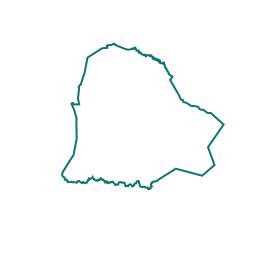 outline of Danli, El Paraíso, Honduras, rotated 56°
{"feature_id": "27666195B70228202857481", "entity_name": "Danli", "entity_type": "district", "adm_level": 2, "iso_a3": "HND", "parent_name": "Honduras", "parent_adm1": "El Paraíso", "projection": "orthographic", "projection_center": [-86.384, 14.061], "detail": "fine", "context": "isolated", "style": "outline", "palette": "teal", "viewbox_px": 256, "rotation_deg": 56, "n_neighbors": 0, "source": "geoboundaries", "source_scale": "gbopen_adm2", "svg_char_len": 5613}
<svg xmlns="http://www.w3.org/2000/svg" viewBox="0 0 256 256"><g transform="rotate(56 128 128)"><path d="M66.6,146.1L67.5,146.1L75.6,153.0L81.1,155.3L78.1,159.8L77.7,159.7L77.1,160.0L76.7,159.8L76.4,159.8L76.2,160.0L76.1,160.3L76.3,160.8L76.2,161.1L76.4,161.3L83.2,162.6L91.0,165.1L96.0,168.7L107.9,176.3L119.8,188.1L128.1,207.0L128.4,207.0L129.4,208.5L130.0,208.8L131.7,209.2L132.0,209.1L132.4,208.7L133.3,208.6L133.5,208.3L134.4,208.8L135.0,209.1L135.3,209.2L135.7,209.1L136.2,207.9L136.4,207.7L136.6,207.7L137.2,208.1L137.4,208.2L137.9,208.0L138.3,207.7L138.5,207.7L138.8,208.0L139.1,207.7L139.4,207.8L139.5,207.6L139.8,207.5L140.7,205.2L140.9,205.1L141.3,205.0L142.0,204.3L142.3,204.1L142.8,202.9L143.3,202.2L144.1,201.6L144.6,201.3L144.6,200.9L144.2,200.0L144.1,199.6L144.3,199.3L144.3,198.7L144.6,198.1L144.9,198.0L145.6,198.0L146.2,197.6L146.6,197.4L147.2,197.4L147.4,197.3L147.9,196.8L147.7,196.0L147.8,195.1L148.7,195.2L148.9,195.1L149.6,194.7L149.8,194.5L149.9,193.0L150.3,192.3L149.7,191.8L149.5,191.2L149.1,190.9L148.9,190.7L148.9,190.4L149.3,189.7L148.2,189.2L148.1,188.8L147.9,188.6L148.0,188.5L148.3,188.6L148.5,188.3L148.8,188.4L149.0,188.1L148.9,187.1L149.1,186.7L149.5,186.3L149.3,185.1L149.1,184.8L149.8,185.0L150.1,185.3L150.5,185.1L151.3,185.0L151.5,184.5L151.8,184.4L152.0,184.5L152.5,184.6L152.9,184.4L153.5,184.1L153.7,183.7L154.2,183.4L154.1,183.2L154.3,182.9L154.1,182.9L154.0,182.7L154.1,182.4L154.1,182.2L154.4,182.0L154.5,181.7L154.4,181.2L154.9,181.1L154.8,180.7L155.1,180.5L155.0,179.7L154.8,179.4L154.6,178.9L154.4,178.7L155.0,178.4L156.0,178.4L156.9,178.2L157.2,177.8L157.1,177.4L157.4,177.3L157.6,177.3L157.8,177.5L158.3,177.2L158.9,177.2L159.4,177.0L159.9,177.5L160.2,177.5L159.8,176.2L160.0,175.7L160.7,175.5L161.1,175.6L161.4,175.4L161.7,175.6L161.9,175.9L162.4,175.6L162.5,175.3L162.8,175.1L162.2,174.3L162.2,174.1L162.9,173.9L163.2,173.4L163.5,173.0L163.3,172.3L163.5,172.0L163.8,171.5L163.8,171.1L163.8,170.9L164.3,170.7L166.2,170.5L167.0,170.2L167.3,170.2L167.9,170.4L168.4,170.0L168.5,169.8L168.6,168.8L169.3,168.1L169.4,167.9L169.2,167.4L168.3,166.7L168.1,166.0L168.1,165.6L168.4,164.9L168.8,164.6L169.1,164.0L170.0,163.6L170.5,162.9L170.6,162.5L170.6,162.1L170.7,161.9L170.9,161.8L172.0,161.7L172.5,162.0L174.0,162.1L174.9,162.5L175.3,161.9L175.4,161.3L175.6,160.8L176.1,160.6L176.3,160.4L175.7,159.3L175.6,158.9L175.7,158.5L176.2,157.7L176.2,157.2L176.6,157.1L178.2,157.4L178.9,157.0L178.7,156.3L179.1,155.9L178.6,155.3L178.7,154.6L178.0,154.0L178.1,153.5L177.9,152.8L178.5,152.1L177.9,151.4L177.8,151.1L177.1,150.5L177.1,150.1L177.4,149.5L177.7,149.3L178.1,148.9L178.6,148.8L179.6,149.4L180.1,149.8L181.0,149.8L182.4,150.4L182.9,150.5L183.3,150.5L184.8,149.6L185.2,148.2L185.7,147.7L186.1,147.0L186.3,146.9L186.7,146.9L187.0,146.9L188.0,145.7L188.2,145.2L188.4,145.0L188.6,144.9L189.4,145.3L189.7,145.4L190.2,145.3L190.4,145.0L190.5,144.6L190.5,144.1L190.7,143.4L190.8,143.0L190.6,142.8L189.9,142.7L189.7,142.6L189.6,142.3L189.7,141.6L189.6,141.4L189.7,141.1L189.7,140.9L188.1,140.8L187.8,140.7L187.5,140.3L187.0,139.9L186.9,139.6L187.1,139.0L186.7,138.8L186.3,138.1L186.3,137.9L186.5,137.6L186.6,137.2L187.0,136.8L187.2,135.7L187.8,135.0L188.4,111.2L209.0,93.2L207.1,77.0L206.1,76.8L188.6,72.4L181.4,53.9L178.6,46.8L161.9,50.9L161.6,51.2L161.3,52.0L160.9,52.6L159.9,53.6L159.5,53.9L159.2,54.0L157.1,54.6L156.2,55.1L155.4,55.3L154.4,56.1L154.1,56.5L153.4,57.4L152.4,58.0L151.9,58.2L151.1,58.0L150.0,58.0L147.2,60.2L146.2,61.5L145.9,62.4L145.2,62.8L144.9,63.2L144.2,63.9L142.8,64.1L142.0,64.6L141.0,65.0L140.2,65.4L138.9,66.2L138.1,67.1L137.5,67.6L135.7,66.7L134.6,67.9L134.3,68.1L133.8,68.1L131.2,67.9L130.5,67.5L111.6,66.2L110.6,62.8L110.1,62.9L109.5,62.7L109.2,62.9L108.9,63.2L108.3,63.3L108.1,63.5L107.7,63.5L107.3,63.8L106.6,63.9L105.4,63.5L104.7,63.6L104.0,63.5L103.6,63.3L102.8,63.6L101.9,63.5L101.1,63.1L100.9,63.1L100.4,63.4L100.2,63.3L100.1,63.0L99.6,62.9L99.2,63.3L98.9,63.4L98.5,63.2L98.1,63.2L97.6,62.9L97.1,62.8L96.8,62.5L96.4,62.4L95.1,62.7L94.7,62.3L94.5,61.8L94.2,61.6L93.7,61.8L93.4,62.2L93.4,62.5L93.4,63.6L93.1,64.3L92.8,64.4L92.0,64.3L91.8,64.3L91.6,65.1L91.5,65.3L91.0,65.2L90.3,65.4L90.0,65.3L89.9,65.1L90.4,64.6L90.4,64.4L90.4,64.1L90.1,63.9L89.3,63.9L89.2,64.0L89.1,64.7L89.0,64.9L88.7,65.0L88.5,64.8L88.0,64.7L87.7,64.9L87.8,65.2L88.4,65.8L88.4,66.1L88.2,66.3L86.9,66.8L86.4,66.6L86.1,66.2L85.8,66.2L85.3,66.8L85.8,67.1L85.9,67.6L85.4,67.8L85.0,68.4L84.5,68.3L84.2,68.4L84.1,67.6L84.0,67.4L83.9,67.3L83.4,67.5L83.4,67.9L82.5,68.0L82.1,68.4L81.9,68.4L81.3,68.1L80.5,68.3L80.4,68.4L80.4,68.6L80.9,69.1L80.7,69.6L80.0,69.5L79.5,69.7L79.3,69.9L79.2,70.3L78.9,70.5L78.7,70.8L78.5,72.1L78.6,72.9L78.6,73.1L78.4,73.1L77.6,72.5L77.1,72.6L76.4,73.3L76.7,73.9L76.7,74.2L75.3,74.9L74.8,75.3L74.6,75.4L74.3,75.1L73.7,75.2L73.4,75.4L73.1,75.9L72.9,76.1L72.6,76.0L72.2,75.6L71.9,75.6L71.6,75.9L71.8,76.4L71.8,76.6L71.5,76.9L70.6,76.7L69.9,76.0L69.7,75.9L69.5,76.6L68.8,77.5L68.5,77.7L68.3,77.7L67.5,77.3L66.5,77.2L65.7,77.0L65.3,77.1L65.1,77.4L65.1,77.7L65.4,78.2L65.8,78.6L65.8,78.9L65.5,79.2L64.8,79.4L64.9,79.8L64.6,80.1L64.6,80.8L64.3,81.4L64.1,82.6L63.9,82.9L62.5,84.8L62.1,85.1L60.3,86.6L52.8,91.6L52.4,91.4L52.2,91.7L51.8,91.8L51.7,92.0L51.3,92.1L51.1,92.4L50.6,92.4L50.5,92.8L50.1,93.0L50.0,93.6L50.1,94.0L49.9,94.6L49.8,95.5L49.6,95.8L49.5,96.1L49.2,96.4L48.9,97.0L48.8,97.3L48.6,97.4L48.6,98.0L48.5,98.3L47.8,99.4L48.0,99.6L48.6,99.7L49.0,99.9L49.5,100.0L50.0,100.3L47.4,104.9L47.0,122.2L57.6,132.8L65.7,143.1L65.5,143.7L65.5,144.2L65.8,144.7L66.0,145.0L66.1,145.3L66.4,145.6L66.6,146.1Z" fill="none" stroke="#0f766e" stroke-width="2"/></g></svg>